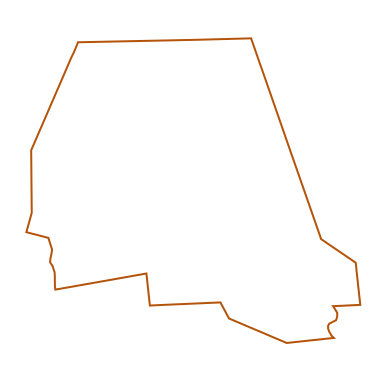 the district of Regeneração, Piauí, Brazil, rotated 179°
{"feature_id": "56859067B83556019928691", "entity_name": "Regeneração", "entity_type": "district", "adm_level": 2, "iso_a3": "BRA", "parent_name": "Brazil", "parent_adm1": "Piauí", "projection": "natural_earth1", "projection_center": [-42.521, -6.346], "detail": "fine", "context": "isolated", "style": "outline", "palette": "amber", "viewbox_px": 384, "rotation_deg": 179, "n_neighbors": 0, "source": "geoboundaries", "source_scale": "gbopen_adm2", "svg_char_len": 804}
<svg xmlns="http://www.w3.org/2000/svg" viewBox="0 0 384 384"><g transform="rotate(179 192 192)"><path d="M121.9,319.2L130.2,344.6L173.7,344.2L185.0,344.1L210.6,344.0L303.3,343.7L307.6,333.8L310.6,328.0L316.3,315.3L352.1,236.4L352.1,232.5L352.6,174.0L358.3,154.7L336.4,148.6L334.2,141.2L332.9,136.9L333.6,132.6L334.8,127.6L335.1,124.1L332.9,120.8L330.8,114.3L330.6,110.1L330.7,106.4L330.7,99.9L330.3,96.8L239.0,111.3L236.1,79.2L227.0,79.5L165.5,81.1L157.2,64.9L100.0,39.4L58.7,43.1L52.7,43.6L54.9,45.8L57.3,50.1L58.2,52.7L58.3,55.8L57.0,58.0L53.7,59.6L50.2,61.3L49.0,64.6L48.9,68.7L52.9,75.4L41.7,75.7L38.9,75.8L25.7,76.2L27.7,97.6L28.2,103.4L28.9,110.7L29.1,113.9L29.6,118.5L63.7,142.6L72.7,170.0L93.1,231.8L114.1,295.7L118.0,307.6L121.9,319.2Z" fill="none" stroke="#b45309" stroke-width="2"/></g></svg>